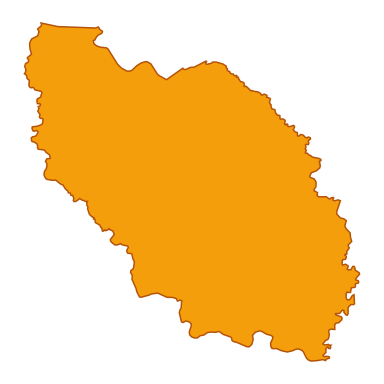 the district of Macate, Manica, Mozambique
{"feature_id": "85939544B829507062217", "entity_name": "Macate", "entity_type": "district", "adm_level": 2, "iso_a3": "MOZ", "parent_name": "Mozambique", "parent_adm1": "Manica", "projection": "mercator", "projection_center": [33.549, -19.369], "detail": "fine", "context": "isolated", "style": "filled", "palette": "amber", "viewbox_px": 384, "rotation_deg": 0, "n_neighbors": 0, "source": "geoboundaries", "source_scale": "gbopen_adm2", "svg_char_len": 5894}
<svg xmlns="http://www.w3.org/2000/svg" viewBox="0 0 384 384"><path d="M331.0,345.2L329.2,345.1L328.4,344.4L324.8,345.0L323.1,344.3L323.1,343.6L325.7,340.3L327.4,339.7L328.5,338.6L329.3,334.7L328.7,331.2L329.1,329.9L331.2,329.1L334.8,329.5L334.7,325.5L335.3,323.8L336.0,323.2L338.8,322.7L341.8,319.7L342.0,317.9L341.4,316.9L336.0,314.9L335.5,314.5L335.5,313.6L339.7,313.4L342.3,310.2L343.6,310.2L344.0,310.8L343.9,312.3L346.1,315.0L347.3,315.2L348.1,313.6L348.1,308.1L348.7,306.6L350.9,304.6L353.6,304.6L354.5,303.8L354.0,294.7L352.4,295.5L349.9,299.4L348.2,300.0L346.9,299.3L346.1,297.8L346.2,293.3L347.2,292.0L348.5,292.6L350.5,292.3L351.4,287.8L354.9,287.3L355.4,286.4L355.4,283.8L358.4,283.0L358.7,281.7L358.1,280.6L356.0,280.1L355.6,278.9L359.6,274.1L359.1,272.7L355.4,270.3L354.5,266.8L353.9,266.3L352.7,266.5L350.8,269.8L348.1,269.8L347.2,269.2L348.1,266.8L348.0,265.7L345.3,264.2L342.8,265.2L342.1,264.1L342.3,260.3L342.8,259.7L345.2,259.4L346.1,258.1L346.3,256.3L344.8,255.0L345.1,254.4L346.8,254.1L346.9,251.1L349.0,248.5L349.2,247.6L348.1,246.0L348.5,244.7L351.7,241.4L350.6,237.8L350.1,232.9L346.3,228.9L344.8,226.1L346.3,220.7L344.0,218.9L340.4,217.9L336.6,213.9L336.9,211.2L340.4,200.7L338.2,199.9L335.0,200.7L333.1,200.4L332.8,199.6L333.7,197.9L333.2,197.5L331.6,197.6L329.6,199.1L326.1,196.7L319.0,196.9L317.1,195.6L317.5,192.6L314.1,190.7L314.2,189.2L315.9,186.9L316.1,182.1L314.2,178.9L311.0,177.7L309.8,176.9L309.7,176.3L311.4,172.7L316.2,170.9L319.8,167.9L320.3,165.2L319.6,163.9L319.9,163.0L319.2,161.7L319.3,161.2L320.5,160.9L321.0,160.3L320.8,159.4L319.5,158.6L312.5,157.1L310.3,155.4L309.4,155.3L307.2,153.2L305.5,153.1L305.5,151.9L306.4,150.3L305.2,148.8L306.0,147.0L305.4,145.0L306.3,144.2L308.1,144.6L308.5,144.3L308.8,143.4L308.3,141.0L309.2,139.8L310.5,139.1L310.3,137.8L308.3,137.0L306.8,137.9L305.3,137.3L303.2,135.1L301.5,134.6L300.4,134.6L298.7,136.2L298.0,136.2L297.5,135.4L297.3,132.5L295.2,132.0L293.3,129.9L294.6,126.8L294.3,126.0L293.5,125.4L289.9,126.6L288.3,126.6L287.3,125.5L287.8,125.1L287.6,124.3L286.7,123.9L285.4,124.7L284.8,124.5L284.6,122.6L285.3,121.2L284.9,120.1L282.8,118.9L280.7,119.2L280.1,118.8L279.8,115.5L277.4,115.1L275.4,112.6L274.9,109.6L272.1,109.0L271.0,106.6L271.1,104.9L270.1,103.9L269.5,102.1L270.4,98.9L269.8,98.2L266.6,97.2L267.0,95.7L266.5,95.0L264.1,94.1L262.2,95.2L261.5,95.0L260.7,93.6L258.1,91.9L253.8,91.3L252.1,90.5L251.0,90.9L246.1,86.2L244.5,86.6L244.0,86.0L244.4,84.1L243.9,82.9L242.7,82.0L240.5,81.6L238.4,78.3L238.4,77.3L236.6,77.0L236.9,76.0L236.5,75.4L235.2,75.9L234.0,75.4L233.4,74.1L231.3,73.8L230.2,72.9L229.8,71.7L227.3,70.5L227.4,68.7L226.2,67.7L226.3,66.2L222.9,64.0L216.3,62.1L214.1,62.0L212.6,62.1L211.5,63.2L207.1,64.3L206.3,64.2L205.6,63.1L206.6,61.7L206.0,61.1L194.1,67.2L190.7,67.3L185.5,69.6L183.6,69.2L182.8,68.2L166.5,79.7L159.3,75.7L157.4,74.1L150.9,63.9L147.0,61.7L145.2,61.7L140.9,63.1L136.8,65.7L132.1,70.2L130.0,71.1L127.0,71.1L121.6,68.2L117.6,64.3L107.8,48.7L106.5,47.9L100.1,47.1L96.9,46.0L94.0,43.8L93.3,40.5L94.9,40.0L96.0,37.7L98.1,35.1L101.2,33.7L102.3,32.5L102.5,31.4L99.8,29.4L98.5,27.0L95.4,28.0L57.8,26.6L41.0,23.0L41.6,24.6L41.1,26.0L37.6,29.0L39.0,31.5L37.8,35.8L31.7,38.9L30.0,42.2L29.6,43.7L30.0,48.8L31.5,54.2L27.5,57.5L27.4,58.4L28.6,60.0L28.7,60.8L27.8,62.5L25.6,63.5L24.7,66.4L25.9,69.5L25.5,72.3L24.4,73.7L26.5,75.3L27.1,78.6L29.3,80.3L28.9,84.6L29.3,86.6L30.7,87.8L33.4,87.4L35.0,89.9L41.2,91.4L42.0,92.9L41.0,95.2L40.9,96.9L37.5,98.8L36.9,99.9L37.3,103.6L40.0,103.8L40.5,104.3L40.1,105.8L38.2,106.7L38.9,108.5L37.8,111.3L40.1,114.8L39.4,116.6L39.5,117.3L40.4,118.4L42.3,118.5L43.1,119.2L42.5,123.3L41.8,124.4L37.5,126.2L32.3,126.8L32.0,128.4L33.0,130.9L34.2,131.2L36.4,130.6L37.9,131.6L38.0,132.3L36.9,134.7L35.5,136.2L32.6,136.8L31.3,137.7L31.5,140.5L32.2,141.7L33.9,141.9L36.8,143.7L37.6,145.6L37.5,147.9L38.2,149.2L44.4,150.0L46.0,152.3L49.3,154.7L49.8,155.7L50.2,158.4L46.7,158.9L45.5,161.3L46.7,163.4L47.0,165.7L46.2,168.9L44.5,171.3L44.1,173.9L44.2,175.6L45.7,178.5L47.0,179.4L52.0,180.3L55.8,180.1L60.2,183.8L63.0,185.1L65.4,188.9L67.9,191.2L68.3,192.8L70.2,193.0L71.0,195.4L72.6,195.3L73.8,198.3L73.3,200.6L74.1,201.6L75.9,201.4L79.8,198.6L82.4,200.3L83.7,200.4L85.0,201.3L87.4,201.4L86.7,202.4L86.9,205.2L87.9,207.1L87.6,208.9L89.5,214.5L92.3,217.0L94.0,217.7L93.5,219.0L94.9,219.4L95.4,222.6L99.8,225.1L100.9,227.4L101.8,228.1L102.3,231.0L103.2,231.2L104.3,229.9L104.9,229.9L105.3,230.7L107.8,230.0L108.8,228.6L110.3,229.9L112.9,231.0L114.2,234.5L110.4,239.5L110.4,240.4L111.4,242.2L114.8,244.9L117.3,244.9L120.6,243.7L122.1,244.8L127.4,246.0L128.2,246.6L128.2,247.6L126.8,250.2L126.9,251.8L127.9,253.3L130.8,253.5L131.9,254.2L132.9,258.8L134.4,261.7L133.7,267.1L132.9,269.2L130.8,270.6L130.6,272.5L132.3,275.6L132.0,279.2L132.4,280.2L136.0,288.4L136.8,291.7L139.4,296.8L140.8,297.3L149.1,295.1L151.2,294.0L157.7,293.1L167.0,297.3L172.3,297.4L175.6,298.3L176.4,298.7L177.3,300.9L178.1,301.0L179.7,300.1L181.7,300.7L181.1,308.0L179.9,310.1L179.3,312.8L181.5,321.9L183.1,322.5L185.6,321.1L186.7,321.2L189.2,321.9L191.1,323.7L191.3,325.7L189.3,331.7L189.6,334.7L191.6,336.9L194.6,338.0L197.3,337.9L200.2,335.7L203.8,335.1L207.6,332.5L210.7,332.1L216.0,332.3L218.3,331.5L219.9,331.9L223.2,334.4L230.4,336.9L231.5,337.9L231.9,340.2L233.3,341.5L237.1,342.5L246.8,346.7L249.2,346.8L251.8,344.4L252.8,341.0L253.1,339.2L252.5,335.5L255.3,332.2L259.7,330.8L261.3,331.2L266.6,334.2L271.0,335.4L272.7,336.7L272.8,338.2L270.6,343.1L270.9,346.8L272.2,348.6L276.6,348.6L281.8,350.8L287.4,352.0L292.7,350.7L295.7,349.3L298.6,348.9L302.2,350.6L303.4,351.9L306.5,358.2L308.1,359.8L310.5,361.0L316.8,360.7L322.8,359.6L325.6,360.6L326.2,359.2L329.2,358.2L329.5,357.2L328.7,356.6L325.8,356.3L324.7,356.7L323.2,356.1L323.2,355.1L325.9,352.5L325.9,348.6L327.8,346.6L328.6,348.4L330.0,348.7L330.7,347.5L330.2,346.1L331.0,345.2Z" fill="#f59e0b" stroke="#b45309" stroke-width="1.5"/></svg>